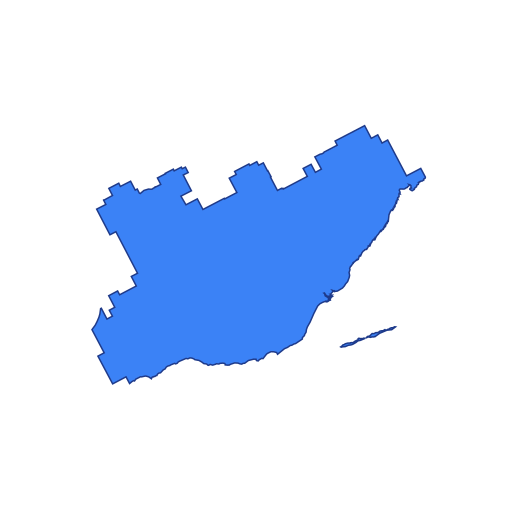 Carnarvon, Western Australia, Australia (orthographic projection), rotated 242°
{"feature_id": "25037944B73025640718230", "entity_name": "Carnarvon", "entity_type": "district", "adm_level": 2, "iso_a3": "AUS", "parent_name": "Australia", "parent_adm1": "Western Australia", "projection": "orthographic", "projection_center": [113.812, -24.467], "detail": "fine", "context": "isolated", "style": "filled", "palette": "blue", "viewbox_px": 512, "rotation_deg": 242, "n_neighbors": 0, "source": "geoboundaries", "source_scale": "gbopen_adm2", "svg_char_len": 6157}
<svg xmlns="http://www.w3.org/2000/svg" viewBox="0 0 512 512"><g transform="rotate(242 256 256)"><path d="M282.5,94.1L278.2,91.0L275.7,88.6L272.8,85.0L270.4,81.6L268.0,76.6L241.8,76.5L241.8,69.4L210.4,69.4L210.3,84.5L202.7,84.5L203.4,87.7L203.3,89.7L202.7,90.1L203.7,92.1L203.6,97.3L203.0,98.2L202.0,101.8L201.6,102.5L199.7,104.5L196.7,106.0L197.7,107.2L197.7,108.4L197.3,108.8L197.5,109.6L197.1,110.2L197.3,111.4L197.0,112.4L197.8,113.3L198.1,114.3L198.2,115.2L197.7,116.9L199.0,120.7L199.0,122.9L199.9,124.2L200.2,125.6L200.1,127.3L199.7,128.4L199.9,129.3L199.5,133.3L199.3,133.9L198.6,134.2L198.4,134.8L198.3,136.2L198.9,137.5L199.0,138.9L198.4,146.1L197.2,147.6L197.1,149.8L196.0,151.4L194.4,152.8L193.2,153.3L190.6,156.6L187.9,158.3L185.5,159.4L184.0,161.5L183.2,162.0L182.4,162.1L181.7,162.9L181.8,164.6L180.0,166.5L179.4,169.6L179.5,170.4L178.2,172.3L178.0,172.9L178.2,173.5L177.0,176.4L175.8,177.9L174.8,178.0L174.3,177.7L172.9,179.8L172.2,181.4L172.4,182.5L171.6,187.0L169.9,189.8L168.3,191.2L167.2,192.7L167.3,194.1L166.6,195.7L167.3,200.2L166.0,205.5L164.8,207.6L164.2,207.3L163.1,207.6L162.3,208.8L162.9,210.2L162.9,213.0L162.1,214.0L164.4,219.2L164.6,220.3L164.5,224.2L163.1,226.7L161.1,228.9L159.1,228.9L160.8,237.7L160.5,240.9L160.9,244.3L160.4,245.7L160.5,248.2L160.1,249.8L160.9,257.9L162.2,258.7L163.0,261.4L163.8,262.0L165.2,264.4L167.5,266.1L169.3,268.1L172.3,272.8L178.1,280.1L182.9,287.0L183.8,290.0L183.8,292.7L183.6,295.0L182.8,296.5L183.2,296.2L182.6,298.5L182.6,297.0L182.8,296.8L182.5,296.8L182.6,296.5L182.4,296.7L182.4,298.0L182.1,298.0L182.3,299.5L182.4,299.1L182.6,299.7L183.7,299.6L183.6,300.1L185.3,300.2L188.3,298.4L190.7,298.9L191.3,298.6L191.2,299.1L188.7,299.3L187.2,299.9L186.8,300.6L185.5,300.9L185.0,301.8L185.7,302.3L186.1,302.1L185.9,303.2L185.3,304.0L185.6,304.9L185.7,303.9L185.8,304.7L186.2,304.0L187.1,303.7L186.9,304.0L187.5,304.4L188.4,306.9L189.3,307.4L189.8,307.3L189.4,307.7L188.6,307.8L188.6,308.5L188.0,308.5L188.2,309.0L187.6,309.2L186.8,311.5L187.1,317.3L188.1,320.0L189.3,322.0L190.4,324.9L193.2,328.1L195.0,329.6L197.7,330.4L199.7,332.5L201.0,332.8L202.5,334.6L202.4,335.2L203.7,337.5L203.8,338.3L204.1,338.7L204.5,338.6L204.7,339.4L204.5,339.8L205.6,343.8L205.4,344.1L205.0,343.7L205.0,344.7L207.9,347.6L207.3,347.3L207.8,348.4L207.7,348.6L206.5,347.8L209.2,351.2L209.9,352.8L210.1,354.4L210.5,355.0L210.1,356.0L210.3,356.8L210.0,356.5L209.9,356.8L211.3,359.2L212.2,359.9L211.6,360.5L212.2,361.3L211.0,360.9L213.3,363.4L213.7,364.5L215.2,366.3L215.1,366.6L215.7,368.4L214.9,367.9L214.8,368.7L214.7,367.6L214.6,368.4L214.2,368.2L215.7,370.0L216.3,370.2L216.1,370.5L217.3,372.5L217.9,374.3L220.0,378.1L220.0,379.3L219.5,377.8L219.3,378.3L219.3,377.6L219.0,377.7L219.2,378.4L219.6,378.4L219.8,380.9L220.5,381.9L220.3,380.9L220.5,381.0L220.7,381.7L222.4,383.9L220.8,382.3L220.9,382.8L222.4,384.3L221.3,383.9L221.2,384.1L222.8,385.6L222.6,385.3L223.0,385.5L222.5,384.7L222.8,384.7L224.9,388.7L225.7,389.5L224.5,388.7L224.4,389.0L230.0,392.8L232.8,396.3L232.2,396.0L233.1,397.2L232.2,398.0L233.0,398.7L232.6,398.7L232.8,399.3L234.1,400.3L233.6,400.2L234.2,401.2L234.7,401.0L235.5,402.1L235.4,402.4L234.9,402.1L234.1,401.2L234.3,401.9L236.1,403.0L237.3,405.0L237.7,405.0L237.2,404.6L237.5,404.5L238.0,405.1L238.4,405.7L237.6,405.6L240.5,408.1L240.2,408.2L240.7,408.3L241.5,410.1L241.4,410.2L243.5,411.3L243.8,411.8L243.5,412.1L244.1,412.0L244.0,412.8L245.4,413.3L246.7,413.3L247.5,414.1L247.3,415.1L245.6,418.1L245.5,419.5L245.7,420.7L245.5,421.7L246.0,422.5L246.1,423.6L246.5,424.8L247.3,424.6L246.5,425.5L245.3,425.8L244.0,425.1L243.1,425.2L243.4,423.7L242.6,423.1L240.6,424.2L240.2,424.8L240.5,426.5L240.9,427.0L240.6,427.2L241.7,428.5L241.7,430.1L243.1,431.5L243.0,432.9L244.5,434.4L244.5,435.0L244.7,434.7L244.8,436.2L244.1,438.3L244.6,439.5L244.3,439.7L245.4,440.7L245.2,441.7L246.1,442.6L246.6,442.6L256.0,442.6L256.1,426.5L296.6,426.7L296.6,420.3L305.8,420.4L305.8,413.0L320.1,413.1L320.4,379.8L315.7,379.7L315.8,364.9L315.3,364.0L315.3,362.0L315.8,360.5L315.9,354.5L302.0,354.5L302.0,347.7L311.1,347.7L311.2,338.7L302.2,338.7L302.3,311.8L302.7,311.8L302.7,311.3L303.2,311.3L303.4,310.2L303.8,310.2L303.8,305.7L318.9,305.8L318.9,306.5L325.8,306.5L325.8,306.1L334.8,306.2L334.9,301.0L338.9,301.0L338.9,292.9L340.6,293.0L340.7,276.8L337.2,276.8L337.3,268.9L321.0,268.9L321.1,255.1L321.8,255.1L322.0,231.0L334.0,231.0L334.1,218.2L344.1,217.8L343.9,229.6L361.7,229.8L361.5,235.3L367.6,235.4L367.7,231.8L369.5,231.8L369.6,223.7L371.5,223.8L371.6,214.7L371.1,214.7L371.2,205.6L363.9,205.5L364.0,200.6L364.4,199.3L364.0,199.0L364.1,197.0L363.8,196.2L364.1,194.9L365.6,192.4L366.5,187.9L365.5,183.1L366.3,182.5L370.9,182.6L370.9,180.3L380.9,180.4L381.1,168.9L384.7,169.0L384.8,157.8L376.8,157.7L376.7,147.9L377.6,147.7L372.0,147.6L372.2,137.3L343.3,137.0L343.2,143.7L296.4,143.3L296.5,136.3L285.7,136.2L285.8,117.4L290.1,117.4L290.1,107.3L277.0,107.2L277.0,101.0L270.3,101.0L270.3,94.8L282.5,94.9L282.5,94.1ZM130.5,335.3L130.4,333.1L131.2,331.3L131.5,329.7L131.2,329.4L131.3,327.3L132.1,325.8L132.1,323.7L133.0,322.1L132.1,319.0L131.9,318.9L132.6,316.8L132.6,316.3L132.2,316.1L132.0,314.5L131.8,317.2L130.3,319.1L130.2,320.3L129.2,322.1L129.2,323.0L128.9,323.2L129.7,328.9L129.0,336.8L127.2,341.2L127.9,345.9L128.4,345.3L128.5,343.0L129.1,341.9L129.3,340.0L129.0,339.2L129.4,337.9L129.3,336.4L129.8,335.6L130.5,335.3ZM132.7,303.5L133.2,306.1L132.5,308.6L132.0,314.0L133.0,312.3L132.9,311.4L133.5,310.7L133.5,310.1L135.1,308.2L135.1,307.4L134.5,307.2L134.2,306.6L134.3,302.9L133.9,301.1L134.7,299.7L135.0,298.9L134.8,298.6L136.0,296.2L136.6,293.6L136.4,292.2L136.7,291.1L136.1,289.3L136.0,288.1L135.5,288.4L135.1,289.9L134.1,292.2L133.8,295.6L132.9,298.1L132.6,299.8L132.7,303.5ZM184.7,303.8L184.3,303.1L184.9,303.4L184.5,302.5L184.9,301.9L185.0,300.9L183.4,300.9L183.2,301.1L183.4,301.6L182.6,301.0L184.1,302.6L184.4,304.3L184.7,303.8ZM184.8,302.9L185.3,303.1L185.9,302.6L185.1,302.0L184.6,302.5L184.8,302.9ZM223.9,387.8L224.0,387.3L223.6,386.7L223.4,386.9L223.2,386.3L223.1,386.9L223.9,387.8ZM183.4,300.2L182.3,300.2L182.2,300.6L183.4,300.2Z" fill="#3b82f6" stroke="#1e3a8a" stroke-width="1.5"/></g></svg>